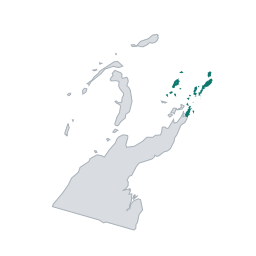 location of Samarai-Murua District, Milne Bay, Papua New Guinea, rotated 286°
{"feature_id": "67681753B57356093785831", "entity_name": "Samarai-Murua District", "entity_type": "district", "adm_level": 2, "iso_a3": "PNG", "parent_name": "Papua New Guinea", "parent_adm1": "Milne Bay", "projection": "mercator", "projection_center": [152.452, -10.176], "detail": "fine", "context": "in_parent", "style": "filled", "palette": "teal", "viewbox_px": 256, "rotation_deg": 286, "n_neighbors": 0, "source": "geoboundaries", "source_scale": "gbopen_adm2", "svg_char_len": 9046}
<svg xmlns="http://www.w3.org/2000/svg" viewBox="0 0 256 256"><g transform="rotate(286 128 128)"><path d="M31.6,161.9L31.6,132.9L30.1,130.7L31.6,125.6L31.6,77.0L34.3,77.2L47.6,83.1L56.6,86.2L64.4,87.6L71.7,92.5L77.0,92.8L84.9,99.6L88.1,100.0L93.7,105.7L94.1,110.4L93.4,113.3L102.0,116.1L110.2,120.0L114.6,120.4L117.1,121.8L120.1,125.2L120.7,129.7L118.9,130.5L111.3,130.5L109.1,132.0L112.2,139.1L119.1,145.6L124.3,148.6L125.9,154.5L128.5,156.3L130.2,161.0L133.0,161.5L138.2,160.7L139.1,162.7L138.3,165.7L139.1,166.9L148.8,169.4L145.5,170.9L147.0,173.6L153.3,176.0L157.3,176.8L159.6,176.6L156.9,177.9L154.4,177.5L153.9,177.9L155.0,179.1L157.0,180.3L154.9,181.9L152.8,182.1L148.8,181.1L145.4,178.1L134.8,176.8L131.2,175.5L128.3,176.0L119.7,174.4L116.9,172.3L115.0,169.2L109.9,165.4L108.7,163.6L109.2,161.1L107.9,161.5L104.9,159.7L97.2,148.2L93.2,146.6L83.4,144.6L82.0,142.4L77.4,141.5L76.4,143.0L72.7,144.0L69.5,142.9L66.3,140.1L70.1,146.5L68.7,146.4L69.4,147.4L68.7,147.6L64.6,147.2L65.8,149.8L59.1,151.3L54.1,150.8L51.7,151.4L50.7,151.3L49.4,149.4L47.6,149.8L49.1,149.8L51.0,152.0L55.2,151.7L59.3,153.4L62.7,157.2L62.6,159.8L53.3,164.6L47.9,162.5L40.0,163.1L37.2,162.3L33.6,163.2L31.6,161.9ZM172.2,97.9L174.1,99.2L176.1,97.8L179.8,99.5L179.1,105.7L177.9,107.5L174.7,108.1L174.3,109.0L176.4,112.7L175.6,114.0L172.8,115.4L168.3,115.2L167.1,117.8L164.6,120.0L154.8,124.5L144.1,124.9L140.6,122.1L136.9,122.6L132.0,119.3L127.9,118.0L127.1,116.8L127.2,115.1L128.3,114.2L135.6,114.4L140.3,115.6L146.4,114.9L148.1,113.9L148.8,109.9L149.8,108.2L150.8,109.0L149.6,112.1L151.0,114.9L155.4,114.0L158.1,114.7L160.3,113.9L163.4,109.5L165.8,107.5L170.3,106.5L170.2,103.3L168.6,98.9L169.3,97.6L172.2,97.9ZM225.9,130.0L225.3,131.5L225.0,131.0L222.8,132.3L220.2,131.9L217.9,130.5L216.2,127.9L216.1,125.1L213.6,123.8L210.3,120.2L209.7,117.8L209.9,113.8L214.7,116.1L219.5,123.0L224.1,126.0L225.9,130.0ZM189.2,99.6L186.1,105.9L184.1,103.3L183.4,101.5L183.2,96.7L178.2,89.6L173.0,87.2L162.5,79.8L158.3,78.7L159.3,78.3L159.3,76.5L164.5,80.4L167.8,81.3L172.1,84.3L175.0,85.3L187.7,96.4L189.2,99.6ZM105.3,68.7L115.2,69.0L115.4,69.8L114.1,69.9L112.4,71.4L106.4,71.0L103.8,71.8L103.7,70.7L104.6,70.4L104.5,69.3L105.3,68.7ZM155.5,164.9L157.3,165.9L158.8,165.8L160.0,167.0L160.2,169.1L159.6,169.5L159.1,168.9L154.3,168.5L155.2,167.4L154.3,165.0L155.5,164.9ZM154.3,77.7L150.8,77.6L148.1,75.2L151.6,74.0L154.2,75.2L154.3,77.7ZM162.6,173.7L164.9,172.4L165.4,172.9L164.6,176.0L161.1,174.7L158.7,169.6L162.6,173.7ZM181.2,160.4L185.1,159.9L186.9,161.2L187.5,161.7L187.1,163.1L183.9,162.5L181.2,160.4ZM190.2,190.9L197.4,194.4L194.7,195.0L192.4,194.0L192.2,193.2L191.2,193.5L191.7,192.9L190.2,190.9ZM123.0,118.8L119.8,116.2L120.0,114.5L123.4,116.0L123.0,118.8ZM153.1,166.8L152.2,166.9L150.0,165.1L151.3,163.0L152.8,163.8L153.1,166.8ZM208.9,113.7L207.5,109.5L208.7,108.2L209.9,110.9L208.9,113.7ZM112.0,113.7L109.8,112.0L111.4,110.5L112.4,111.3L112.0,113.7ZM145.6,63.3L144.4,63.6L142.7,62.2L143.2,60.7L145.1,61.7L145.6,63.3ZM97.4,103.4L96.1,104.9L95.2,103.7L96.7,102.0L97.4,103.4ZM163.1,152.7L163.2,157.8L162.2,156.7L162.7,154.7L161.7,154.1L163.1,152.7ZM63.6,154.0L65.7,156.1L60.5,152.7L63.6,154.0ZM65.5,153.5L62.6,152.7L62.0,152.0L65.4,152.3L65.5,153.5ZM204.1,191.4L203.9,192.1L202.1,192.3L200.8,191.2L202.0,191.5L201.8,190.8L204.1,191.4ZM182.8,82.6L182.9,84.9L181.6,83.3L182.8,82.6ZM175.8,81.4L175.3,82.0L174.0,80.4L174.2,80.0L175.8,81.4ZM160.3,180.9L160.1,181.9L158.8,181.4L159.0,180.8L160.3,180.9ZM174.7,79.6L173.7,79.8L173.9,78.3L174.7,79.6ZM120.6,72.3L120.7,73.4L119.3,73.2L120.6,72.3ZM196.1,95.6L196.0,96.6L195.2,96.3L196.1,95.6Z" fill="#d9dde1" stroke="#a8b0b8" stroke-width="1"/><path d="M182.4,160.1L181.2,160.2L180.6,160.9L181.4,160.9L181.8,161.0L182.0,161.3L182.3,161.2L183.0,161.8L183.6,161.5L183.4,161.7L183.2,162.1L183.7,162.3L183.7,162.6L183.2,162.9L183.0,162.7L182.9,162.7L183.1,163.1L183.9,163.3L184.1,163.7L184.3,163.2L184.0,163.1L184.1,162.9L184.1,162.6L184.3,163.2L184.6,163.3L184.7,163.1L184.7,163.4L184.9,163.4L185.0,163.6L185.9,163.6L186.7,163.3L187.0,163.7L187.1,163.3L186.7,162.9L186.3,162.9L186.8,162.6L187.3,162.9L187.5,162.4L187.8,162.4L187.2,161.9L186.8,162.0L186.9,161.4L186.5,161.2L186.1,161.4L185.9,161.3L185.4,161.3L185.3,160.7L185.0,160.7L184.8,160.4L184.1,160.7L182.4,160.1ZM190.9,191.5L190.1,190.9L189.8,191.2L189.9,191.9L190.3,191.9L190.2,192.1L190.4,192.5L190.7,192.3L190.9,192.8L191.4,192.9L191.0,193.3L191.5,193.1L191.8,193.3L192.2,193.2L192.0,193.5L192.1,194.0L193.0,194.2L192.8,193.8L193.2,194.1L193.4,193.9L193.6,193.9L193.4,194.1L193.6,194.3L193.4,194.4L194.1,194.4L194.4,194.8L194.7,194.6L194.7,195.0L194.3,195.1L194.7,195.3L195.2,194.8L195.3,194.9L195.8,194.8L196.2,195.1L196.2,194.9L196.6,195.0L196.8,194.8L197.5,194.9L197.6,194.6L197.2,194.3L197.2,194.1L196.7,193.9L196.5,193.4L194.0,192.8L192.7,192.2L192.1,192.0L191.6,191.6L190.9,191.5ZM203.1,190.5L202.4,190.6L202.2,191.0L202.3,190.6L202.1,190.7L201.7,190.7L201.2,190.6L201.6,190.9L201.3,191.0L202.1,191.3L201.5,191.4L201.1,191.3L201.0,191.5L200.6,191.2L200.6,191.4L200.2,191.5L200.6,191.8L200.8,192.1L201.4,192.2L201.7,192.0L201.6,192.3L201.8,192.2L201.9,191.8L202.2,192.1L202.4,192.1L202.4,191.8L202.7,192.0L203.1,191.8L203.8,192.2L204.2,191.8L204.0,191.5L204.0,191.2L203.1,190.5ZM184.9,181.5L183.5,182.1L181.6,181.5L181.3,181.7L181.7,182.1L182.5,182.3L182.6,182.5L182.9,182.3L184.2,182.9L184.5,182.9L184.5,182.7L185.5,182.6L185.9,182.3L184.9,181.5ZM155.6,181.7L156.4,181.4L156.5,181.1L157.2,181.2L157.6,180.9L157.1,179.8L156.7,180.5L155.7,180.4L155.6,181.7ZM161.9,181.2L160.5,181.4L160.3,181.7L160.3,182.1L160.6,182.1L160.7,181.8L161.2,182.0L161.4,181.8L161.7,182.3L162.2,182.3L162.1,182.2L162.5,182.0L162.1,181.9L162.3,181.6L162.5,181.6L162.5,181.3L162.3,181.3L162.1,181.5L162.1,181.3L161.9,181.4L161.9,181.2ZM160.3,180.8L159.8,180.5L159.9,180.9L159.6,180.7L159.6,180.9L159.5,180.6L159.2,180.7L158.9,180.6L159.1,181.1L159.5,181.3L159.4,181.5L159.8,181.6L159.9,182.0L159.0,181.8L158.6,181.4L158.5,181.7L158.8,181.7L158.9,182.1L159.2,181.9L160.2,182.1L160.1,181.0L160.3,180.8ZM189.1,189.1L188.7,189.0L188.8,189.4L188.8,189.7L188.9,189.8L188.9,189.6L189.0,189.6L189.3,190.0L189.7,190.0L189.9,190.3L189.7,190.3L190.0,190.5L190.7,190.1L189.1,189.1ZM180.5,159.6L179.6,160.1L180.1,161.4L180.0,160.0L180.2,159.9L180.6,159.9L180.9,160.2L181.2,160.2L180.5,159.6ZM179.5,182.2L179.1,182.2L179.0,182.8L179.5,182.7L179.9,183.0L179.8,182.8L179.9,182.6L179.5,182.2ZM188.1,188.7L187.4,188.7L187.5,189.0L187.1,189.1L187.5,189.3L187.6,189.2L187.8,189.5L188.0,189.4L187.8,189.2L188.1,188.7ZM157.8,181.2L157.7,181.0L157.5,181.5L157.8,181.5L158.1,181.8L158.4,181.8L158.4,181.7L158.1,181.6L158.4,181.5L158.3,181.4L157.9,181.5L158.0,181.1L157.8,181.2ZM193.2,190.8L192.7,190.9L193.0,191.1L193.7,191.2L193.2,190.8ZM174.4,160.2L174.4,159.8L174.0,159.8L174.0,160.0L174.4,160.2ZM188.6,188.6L188.2,188.7L188.2,188.9L188.7,188.8L188.6,188.6ZM156.8,181.6L156.9,181.9L157.3,182.2L157.1,181.8L156.8,181.6ZM182.1,187.7L181.7,187.6L181.8,188.0L182.1,187.8L182.3,187.9L182.1,187.7ZM179.9,183.6L179.7,183.4L179.4,183.7L179.8,183.8L179.9,183.6ZM183.5,188.4L183.3,188.3L183.2,188.5L183.7,188.5L183.7,188.3L183.5,188.4ZM173.3,163.8L173.0,163.9L172.9,164.1L173.3,163.9L173.6,164.1L174.0,164.1L173.6,164.1L173.3,163.8ZM173.4,159.4L173.6,159.2L173.4,159.0L173.3,159.3L173.4,159.4ZM180.7,167.7L180.1,167.5L179.9,167.8L180.1,167.6L180.7,167.7ZM188.9,188.3L188.4,188.1L189.1,188.5L188.9,188.3ZM158.1,182.6L157.9,182.5L157.7,182.7L157.8,182.8L158.1,182.6ZM190.8,190.5L190.7,190.5L190.5,190.8L190.8,190.5ZM186.5,188.8L186.3,188.8L186.5,189.1L186.5,188.8ZM164.9,181.6L164.5,181.3L164.4,181.4L164.9,181.6ZM160.7,182.4L160.6,182.2L160.5,182.4L160.7,182.4ZM158.6,181.0L158.5,180.8L158.3,180.9L158.5,181.0L158.6,181.0ZM162.8,182.1L162.6,182.1L162.9,182.3L162.8,182.1ZM187.5,184.7L186.9,184.4L187.6,184.8L187.5,184.7ZM176.1,178.6L175.7,178.7L176.1,178.7L176.1,178.6ZM184.0,188.4L184.0,188.2L184.0,188.4ZM164.3,181.3L164.1,181.1L164.3,181.3ZM170.3,156.5L170.5,156.4L170.4,156.3L170.3,156.5ZM165.5,181.6L165.1,181.6L165.5,181.7L165.5,181.6ZM179.1,188.5L178.7,188.3L179.1,188.5ZM162.7,186.1L162.3,186.1L162.2,186.2L162.7,186.1ZM196.6,164.1L196.4,164.0L196.5,164.3L196.6,164.1ZM184.6,188.8L184.8,188.6L184.5,188.7L184.6,188.8ZM188.9,190.1L188.7,189.9L188.8,190.2L188.9,190.1ZM160.3,182.3L160.1,182.2L160.3,182.3ZM180.4,187.4L180.5,187.2L180.2,187.3L180.4,187.4ZM157.9,180.9L158.1,180.8L157.9,180.7L157.9,180.9ZM185.8,188.9L185.8,188.7L185.7,188.7L185.8,188.9ZM186.9,188.9L186.7,188.9L186.6,189.0L186.9,188.9ZM173.0,178.0L172.9,177.8L172.8,178.0L173.0,178.0ZM166.9,178.7L167.0,178.6L166.9,178.6L166.9,178.7ZM170.6,183.6L170.4,183.6L170.7,183.6L170.6,183.6ZM183.1,188.5L183.2,188.3L183.1,188.5ZM196.4,163.9L196.2,163.7L196.2,163.8L196.4,163.9ZM200.9,190.7L200.7,190.6L200.9,190.7ZM160.3,181.2L160.2,181.2L160.3,181.2ZM181.5,187.8L181.5,187.7L181.5,187.8ZM177.4,184.1L177.5,184.0L177.3,184.1L177.4,184.1ZM177.0,184.2L176.8,184.2L177.0,184.2ZM176.3,190.0L176.3,189.9L176.3,190.0Z" fill="#14b8a6" stroke="#0f766e" stroke-width="1.5"/></g></svg>